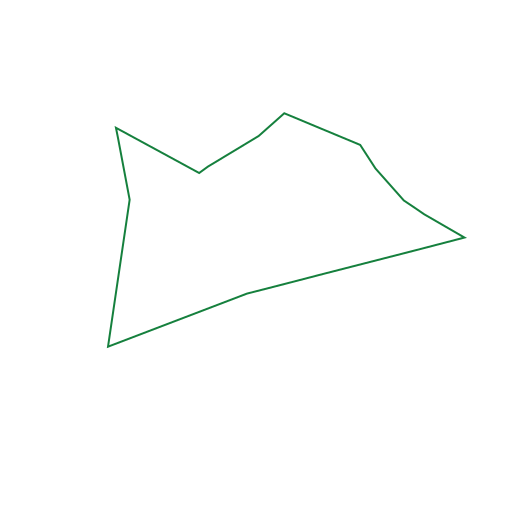 the district of Malhada dos Bois, Sergipe, Brazil, rotated 295°
{"feature_id": "56859067B82307883528115", "entity_name": "Malhada dos Bois", "entity_type": "district", "adm_level": 2, "iso_a3": "BRA", "parent_name": "Brazil", "parent_adm1": "Sergipe", "projection": "natural_earth1", "projection_center": [-36.937, -10.335], "detail": "fine", "context": "isolated", "style": "outline", "palette": "green", "viewbox_px": 512, "rotation_deg": 295, "n_neighbors": 0, "source": "geoboundaries", "source_scale": "gbopen_adm2", "svg_char_len": 392}
<svg xmlns="http://www.w3.org/2000/svg" viewBox="0 0 512 512"><g transform="rotate(295 256 256)"><path d="M111.3,160.2L218.1,263.7L243.2,294.3L268.0,324.3L328.8,398.4L360.8,437.1L364.9,390.7L366.7,379.9L368.8,366.5L385.8,327.3L400.7,303.5L397.3,221.3L365.9,207.7L316.8,174.7L307.2,169.4L313.0,74.9L304.3,81.3L253.6,117.7L111.3,160.2Z" fill="none" stroke="#15803d" stroke-width="2"/></g></svg>